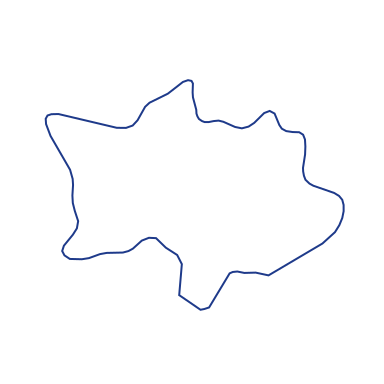 outline of Bulawayo, rotated 343°
{"feature_id": "ZWE-531", "entity_name": "Bulawayo", "entity_type": "City", "adm_level": 1, "iso_a3": "ZWE", "parent_name": "Zimbabwe", "parent_adm1": "", "projection": "robinson", "projection_center": [28.554, -20.139], "detail": "fine", "context": "isolated", "style": "outline", "palette": "blue", "viewbox_px": 384, "rotation_deg": 343, "n_neighbors": 0, "source": "natural_earth", "source_scale": "10m", "svg_char_len": 1293}
<svg xmlns="http://www.w3.org/2000/svg" viewBox="0 0 384 384"><g transform="rotate(343 192 192)"><path d="M240.8,294.1L229.3,287.7L218.4,284.7L212.1,281.3L207.6,280.4L204.2,280.8L174.6,307.4L169.6,307.5L165.7,307.1L149.6,286.9L161.2,258.0L159.4,247.9L150.7,237.6L144.1,225.6L137.4,223.2L129.8,223.8L118.9,228.9L114.0,229.9L108.2,229.7L92.6,225.3L85.9,224.5L74.1,225.1L67.0,224.1L55.6,220.3L51.5,215.3L50.6,210.5L53.8,205.9L65.6,198.0L71.3,193.1L74.6,186.6L74.4,175.7L74.8,167.7L76.6,160.4L80.3,150.5L81.7,144.6L81.9,135.1L73.1,97.0L72.3,84.4L73.5,79.2L76.2,76.6L80.3,76.5L87.1,78.4L138.8,108.6L147.6,111.4L154.7,111.1L160.9,107.5L172.1,96.8L177.5,94.2L197.7,90.9L215.5,84.1L220.9,83.9L224.0,85.6L224.6,88.5L221.7,97.0L220.6,101.7L220.1,114.7L219.2,118.3L219.3,121.3L220.0,124.2L222.3,127.1L224.5,128.8L228.3,130.0L233.4,130.5L238.3,131.5L242.5,134.0L252.2,142.4L258.3,145.7L265.2,146.0L271.7,144.1L284.1,137.6L290.0,137.2L293.9,141.1L295.1,153.5L296.4,157.7L299.9,161.3L305.8,164.1L312.0,166.2L315.0,169.7L315.4,174.8L313.7,181.7L311.1,189.2L305.2,201.4L304.3,204.9L303.8,209.2L304.1,213.5L306.8,218.3L309.9,221.5L327.7,234.5L331.5,238.8L333.4,243.4L333.2,248.7L331.4,254.7L328.1,260.8L323.2,266.8L317.0,272.2L301.7,279.4L240.8,294.1Z" fill="none" stroke="#1e3a8a" stroke-width="2"/></g></svg>